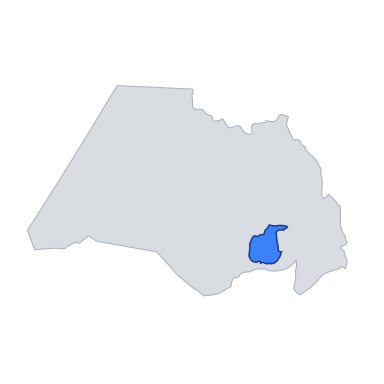 Baguirmi, Chari-Baguirmi, Chad (highlighted), rotated 275°
{"feature_id": "50815135B83477967363059", "entity_name": "Baguirmi", "entity_type": "district", "adm_level": 2, "iso_a3": "TCD", "parent_name": "Chad", "parent_adm1": "Chari-Baguirmi", "projection": "orthographic", "projection_center": [16.269, 11.464], "detail": "fine", "context": "in_parent", "style": "filled", "palette": "blue", "viewbox_px": 384, "rotation_deg": 275, "n_neighbors": 0, "source": "geoboundaries", "source_scale": "gbopen_adm2", "svg_char_len": 4955}
<svg xmlns="http://www.w3.org/2000/svg" viewBox="0 0 384 384"><g transform="rotate(275 192 192)"><path d="M291.4,108.1L291.8,117.0L292.2,125.9L292.6,134.9L293.0,143.9L293.3,152.8L293.7,161.8L294.0,170.8L294.4,179.8L294.5,182.8L294.3,183.9L294.2,184.1L293.8,184.3L289.2,183.6L287.2,183.6L284.4,184.4L280.3,184.8L277.6,184.8L275.8,186.3L274.4,188.3L275.2,192.7L275.1,194.2L274.6,195.7L273.4,197.1L272.1,198.2L271.4,199.1L270.5,201.2L269.9,202.1L270.0,203.4L269.8,204.7L269.0,205.4L267.1,206.0L265.9,206.6L264.9,207.6L264.2,208.3L264.6,209.3L265.1,210.5L265.5,212.5L265.7,213.7L266.7,214.6L267.3,215.3L267.5,216.1L267.0,216.8L264.6,218.3L263.7,218.9L262.6,219.6L262.2,219.9L260.5,221.3L259.7,222.6L259.3,223.6L259.3,225.0L260.2,227.1L261.3,228.9L261.7,230.2L261.9,231.7L261.9,233.1L261.4,234.3L260.5,235.4L257.3,237.5L255.7,239.8L254.5,242.6L254.2,244.1L254.6,245.1L255.3,245.9L256.3,246.4L257.7,246.4L260.1,245.9L262.3,245.6L264.6,246.5L265.9,248.8L265.5,250.5L266.4,253.6L267.3,257.2L267.3,258.5L267.6,258.9L269.1,259.1L269.4,260.0L269.1,266.5L269.8,268.3L270.8,269.6L271.9,270.2L273.1,271.1L273.7,271.6L275.0,271.7L276.4,272.9L276.9,274.5L276.8,276.0L276.0,279.3L275.4,281.5L274.6,281.4L272.8,280.9L270.7,280.5L268.1,280.1L265.7,281.1L263.1,282.3L262.3,283.2L261.5,283.7L260.4,283.7L259.3,283.8L258.7,284.7L257.8,285.6L254.0,287.6L253.2,288.3L252.7,289.0L252.8,289.7L253.2,291.3L253.2,293.2L252.4,294.8L251.4,295.8L250.3,296.2L249.3,296.5L248.7,297.1L246.8,300.7L245.9,301.4L244.2,301.3L239.2,306.6L238.7,308.2L236.9,310.4L234.6,312.9L232.5,314.2L232.3,314.6L231.8,315.1L230.5,315.6L226.1,318.7L220.7,318.7L218.3,319.9L216.0,320.4L212.6,321.0L211.6,321.0L207.3,321.3L202.2,321.2L200.3,321.7L198.4,322.8L197.1,323.8L196.9,324.2L197.1,324.6L197.1,324.9L200.6,327.3L201.5,328.5L200.6,329.7L200.2,329.9L199.6,330.9L197.5,333.6L194.4,336.9L192.7,337.9L192.1,338.5L191.3,340.6L190.7,340.9L188.5,341.2L184.2,341.5L178.2,342.2L174.6,342.5L172.4,342.3L169.3,343.8L168.2,344.2L167.5,344.3L164.4,345.8L161.8,348.0L160.9,348.5L157.2,349.4L155.8,351.0L155.1,351.1L152.8,349.1L151.2,347.2L150.4,345.4L150.3,344.8L149.9,344.9L148.6,345.7L147.5,346.6L147.0,348.4L143.2,349.7L140.0,350.7L138.5,352.0L136.3,352.6L133.4,352.4L131.1,351.8L128.9,351.6L130.0,350.0L130.4,348.8L130.5,347.3L130.3,346.3L129.0,345.8L128.2,345.0L126.3,340.3L124.4,335.5L121.7,330.7L118.7,327.7L116.6,325.8L115.9,325.6L114.8,325.0L114.1,324.5L110.1,321.2L106.1,317.6L105.1,315.9L103.0,313.5L100.8,310.9L99.6,309.8L99.1,307.7L100.6,305.8L102.3,303.5L104.4,301.9L107.1,301.8L111.5,302.5L116.2,302.7L120.9,302.3L122.1,301.9L123.3,302.0L125.8,302.5L130.2,302.4L132.5,301.5L130.1,299.8L127.5,297.2L125.0,294.4L123.5,291.8L122.2,288.5L120.9,284.4L120.2,279.0L120.3,276.0L120.7,273.9L122.0,270.4L121.2,268.3L121.4,266.7L121.2,264.2L120.8,263.0L119.1,258.9L118.8,258.5L117.3,255.6L116.7,250.9L115.0,247.8L112.3,246.3L110.7,244.5L110.2,241.2L109.1,240.4L104.9,239.2L101.3,239.2L98.8,235.5L95.5,230.8L92.4,226.4L90.6,217.7L89.5,212.8L90.8,211.3L93.4,207.7L96.7,201.0L104.0,190.6L107.7,185.2L115.2,177.3L124.3,167.5L129.4,162.0L130.2,151.9L131.1,141.3L131.8,133.3L132.7,123.8L133.4,115.8L133.9,110.0L134.6,101.9L135.2,100.3L138.7,93.9L139.0,93.0L138.3,91.9L133.4,86.5L131.9,85.3L131.0,82.4L132.3,80.9L126.4,71.7L124.9,70.6L124.3,69.5L124.2,67.8L124.2,61.6L122.7,51.7L120.7,40.2L127.6,37.0L132.8,34.5L139.5,31.4L145.6,34.6L154.5,39.3L163.5,43.9L172.5,48.6L181.5,53.2L190.5,57.9L199.6,62.5L208.7,67.1L217.8,71.7L226.9,76.3L236.1,80.9L245.2,85.4L254.4,90.0L263.6,94.5L272.9,99.0L282.1,103.6L291.4,108.1Z" fill="#d9dde1" stroke="#a8b0b8" stroke-width="1"/><path d="M165.9,271.8L164.0,270.9L162.6,270.2L162.0,269.9L161.0,268.7L159.6,267.9L157.4,267.5L156.4,267.7L155.8,266.7L155.5,264.7L155.2,263.7L155.1,263.1L154.2,262.5L153.4,261.3L153.5,260.3L153.8,258.5L153.2,257.2L152.6,256.5L149.2,255.2L148.3,255.0L145.4,254.0L140.5,254.6L139.0,254.4L138.4,254.4L137.7,254.4L136.1,254.4L135.9,254.4L133.2,254.3L132.7,254.6L132.2,254.9L131.0,255.5L130.9,255.6L130.7,255.8L129.6,256.6L128.7,257.6L128.1,258.7L127.9,259.8L127.6,261.0L127.6,262.4L128.4,263.7L128.8,264.9L128.5,266.0L128.0,266.7L127.1,266.6L127.7,267.8L128.1,269.2L127.2,271.5L126.9,273.3L127.3,274.0L127.8,275.1L128.0,275.7L127.2,276.6L127.5,277.1L127.7,277.7L127.9,279.1L128.3,280.1L129.0,280.9L129.6,281.3L130.1,281.9L130.2,282.1L130.4,282.6L131.7,283.4L132.4,283.4L132.9,283.8L133.2,284.0L133.4,284.1L133.5,284.1L134.3,284.9L136.2,285.5L136.9,285.6L137.6,285.9L138.1,285.9L139.3,285.9L140.4,286.4L140.2,284.8L140.6,283.5L141.3,283.1L143.6,282.8L146.3,282.4L148.5,281.5L150.6,281.0L151.9,280.7L153.5,280.3L156.4,279.9L159.1,279.3L159.9,280.1L161.3,281.1L161.7,281.8L162.2,284.7L161.9,285.9L162.3,287.0L163.3,287.8L164.1,288.4L164.3,289.5L165.0,289.6L165.8,290.0L166.3,288.0L166.5,285.5L166.4,282.7L166.1,280.8L165.8,279.8L165.3,276.7L165.4,276.2L165.4,275.4L165.4,275.2L165.5,275.0L165.9,271.8Z" fill="#3b82f6" stroke="#1e3a8a" stroke-width="1.5"/></g></svg>